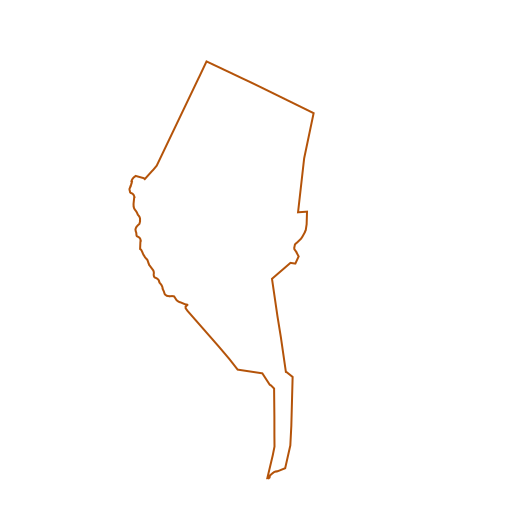 outline of Hwange Urban, Matabeleland North, Zimbabwe, rotated 139°
{"feature_id": "62879985B63106535588765", "entity_name": "Hwange Urban", "entity_type": "district", "adm_level": 2, "iso_a3": "ZWE", "parent_name": "Zimbabwe", "parent_adm1": "Matabeleland North", "projection": "mercator", "projection_center": [26.527, -18.338], "detail": "fine", "context": "isolated", "style": "outline", "palette": "amber", "viewbox_px": 512, "rotation_deg": 139, "n_neighbors": 0, "source": "geoboundaries", "source_scale": "gbopen_adm2", "svg_char_len": 5285}
<svg xmlns="http://www.w3.org/2000/svg" viewBox="0 0 512 512"><g transform="rotate(139 256 256)"><path d="M309.1,148.3L309.3,148.7L309.5,148.9L290.7,178.1L279.3,196.5L258.9,228.3L234.5,228.2L231.5,224.7L231.4,224.7L231.2,224.5L224.1,227.7L223.2,231.7L223.2,231.9L223.0,232.0L222.9,232.3L222.9,232.6L222.6,235.9L222.5,236.1L222.3,236.4L222.0,236.8L221.9,236.9L221.8,237.1L221.6,237.2L219.1,239.1L218.8,239.1L218.6,239.2L218.4,239.2L218.2,239.3L216.1,239.2L210.7,239.5L210.1,239.6L209.7,239.8L209.3,239.9L209.0,240.0L208.7,240.0L203.2,242.0L202.9,242.2L202.9,242.3L202.6,242.4L202.4,242.6L202.1,242.6L201.6,242.8L197.0,246.7L188.4,256.0L195.6,261.4L155.6,298.1L118.8,326.0L144.3,386.5L165.7,435.3L181.9,428.2L182.0,428.2L271.7,389.3L277.4,388.4L277.6,388.4L279.0,388.3L289.5,387.0L289.6,387.9L289.6,388.3L294.3,395.4L294.8,395.4L295.7,395.4L295.8,395.5L297.2,395.5L297.5,395.4L299.0,395.1L299.7,394.8L299.9,394.7L300.2,394.6L300.4,394.4L300.6,394.3L300.5,394.2L300.6,393.8L300.8,393.8L300.8,393.6L301.0,393.4L301.2,393.2L301.8,392.9L301.9,392.7L302.0,392.7L302.3,392.6L302.5,392.4L302.7,392.2L302.8,392.2L303.0,392.1L303.2,391.9L303.4,391.8L303.5,391.7L304.0,391.4L304.3,391.3L304.6,391.0L304.8,391.0L304.8,390.9L305.0,390.8L305.1,390.7L305.6,390.6L305.8,390.4L306.1,390.3L306.4,390.2L306.6,390.1L306.9,389.9L307.1,389.8L307.4,389.7L307.7,389.4L307.9,389.1L308.1,388.8L308.2,388.6L308.3,388.4L308.4,388.2L308.5,387.9L308.7,387.6L309.0,387.1L309.1,386.9L309.2,386.7L309.2,386.2L309.2,385.8L309.0,385.4L308.8,385.2L308.6,384.6L308.4,384.3L308.3,383.9L308.3,382.2L308.5,381.8L308.6,381.4L308.7,381.2L308.8,380.9L309.0,380.6L309.1,380.3L309.1,380.2L309.4,380.2L314.1,375.8L314.6,375.3L314.7,375.1L314.8,374.9L315.5,374.2L315.6,373.9L315.8,373.8L315.9,373.5L316.0,373.3L316.2,373.1L316.3,372.9L316.4,372.6L316.6,372.2L316.8,371.7L316.8,371.4L317.0,370.6L317.0,370.2L317.1,368.7L317.2,367.9L317.3,367.5L317.3,367.1L317.4,366.9L317.5,366.6L317.6,366.3L317.6,366.0L317.9,365.3L318.1,364.8L318.1,362.9L318.2,362.7L318.2,362.2L318.3,361.9L318.6,361.1L318.7,360.9L318.8,360.7L318.9,360.4L319.2,360.1L319.4,359.9L319.5,359.7L319.9,359.2L320.1,359.1L320.5,358.7L320.6,358.4L321.2,357.9L321.5,357.7L321.8,357.5L322.1,357.3L322.8,356.8L323.1,356.7L323.3,356.7L325.1,356.7L325.6,356.6L326.7,356.5L327.1,356.3L327.5,356.3L328.3,355.9L328.7,355.7L328.9,355.5L329.2,355.4L329.5,355.1L329.8,354.9L329.9,354.6L330.2,354.1L330.4,353.7L330.6,353.5L330.7,353.1L330.9,352.7L331.0,352.3L331.3,351.9L331.5,351.5L332.1,350.8L332.3,350.4L332.5,350.1L332.7,349.9L332.8,349.7L332.9,349.2L332.8,348.7L332.7,348.5L332.5,348.1L332.4,347.9L332.3,347.5L332.0,346.6L332.0,345.2L332.4,344.3L332.4,344.2L332.6,343.9L332.8,343.6L333.1,343.3L333.1,343.1L333.3,343.1L333.4,342.9L333.5,342.7L333.8,342.5L334.0,342.5L338.9,337.3L338.9,337.2L338.8,336.9L338.7,336.5L338.6,336.3L338.6,336.0L338.7,335.7L338.8,335.2L338.9,334.8L339.0,334.4L339.2,334.0L339.2,333.7L339.3,333.2L339.5,332.8L339.6,332.5L339.7,332.3L339.9,331.6L340.1,330.8L340.1,330.5L340.2,330.3L340.2,330.0L340.3,329.9L340.3,329.6L340.3,329.2L340.4,328.7L340.5,328.4L340.6,328.1L340.6,325.8L340.5,325.7L340.5,325.0L340.6,324.9L340.6,324.1L340.6,323.9L340.8,323.6L341.0,323.1L341.3,322.5L341.4,322.0L341.6,321.7L341.7,321.4L341.8,321.0L342.0,320.8L342.0,320.5L342.1,320.3L342.2,320.0L342.4,319.7L342.5,319.5L342.5,319.3L342.5,318.7L343.0,312.4L343.1,312.2L343.3,311.8L343.3,311.6L343.5,311.3L343.6,311.1L343.9,310.6L344.3,310.2L344.6,309.8L344.7,309.7L344.9,309.6L345.5,309.0L345.7,308.7L345.8,308.6L345.9,308.3L346.1,308.1L346.2,307.9L346.4,307.4L346.5,307.3L346.5,306.2L346.4,305.9L346.1,305.4L346.0,305.2L345.9,305.0L345.8,304.8L345.7,304.6L345.6,304.4L345.6,304.2L345.3,303.1L345.3,301.3L345.4,301.1L345.5,300.9L345.7,300.7L345.7,300.4L345.9,300.2L346.0,300.0L346.0,299.8L346.1,299.7L346.3,299.3L346.3,297.1L346.4,296.8L346.4,296.5L346.4,296.2L346.4,295.9L346.8,294.7L346.9,294.3L347.6,292.9L347.9,292.7L347.9,292.4L348.1,292.2L348.2,291.9L348.3,291.6L348.3,291.4L348.6,290.3L348.9,289.5L349.0,289.2L349.2,288.8L349.3,288.5L349.4,288.3L349.5,288.1L349.6,287.9L349.7,287.6L349.8,287.3L349.9,287.0L349.9,286.5L349.8,286.3L349.8,286.0L349.6,285.1L349.5,284.8L349.5,284.7L349.4,284.5L349.4,284.4L348.9,283.9L348.8,283.6L348.6,283.5L348.4,283.2L348.1,282.9L347.8,282.4L347.7,282.4L347.6,282.2L347.4,282.1L347.2,282.0L346.6,281.5L346.1,281.2L345.7,280.8L345.3,280.5L345.0,280.1L344.7,279.8L344.6,279.5L344.4,279.3L344.3,279.2L344.9,275.0L344.9,274.6L344.8,274.0L344.7,273.8L344.7,273.6L344.6,273.4L344.6,273.1L344.4,272.3L343.8,271.2L343.7,271.0L343.7,270.9L343.4,270.6L341.0,265.7L340.9,265.7L340.7,265.5L340.6,265.4L340.6,265.2L340.1,264.7L339.9,264.5L339.9,264.1L342.0,263.9L342.5,263.9L343.2,262.9L343.3,262.8L343.4,262.7L343.7,259.5L343.5,212.3L343.7,195.7L344.4,182.3L328.2,163.3L330.1,149.8L329.6,148.6L329.3,144.1L347.7,122.5L359.5,108.9L367.1,100.0L374.1,94.6L393.2,80.9L392.1,80.0L392.1,79.9L391.9,79.9L391.1,79.9L389.5,81.2L387.9,81.2L385.6,81.2L385.4,81.1L384.3,81.1L384.1,81.0L383.4,80.8L383.0,80.7L382.8,80.5L382.6,80.5L382.5,80.3L382.3,80.2L382.0,80.1L381.9,79.9L381.7,79.9L381.6,79.7L381.4,79.6L381.2,79.6L381.0,79.4L380.8,79.4L380.7,79.3L373.2,76.7L354.4,90.5L340.9,104.5L307.7,140.7L309.1,148.3Z" fill="none" stroke="#b45309" stroke-width="2"/></g></svg>